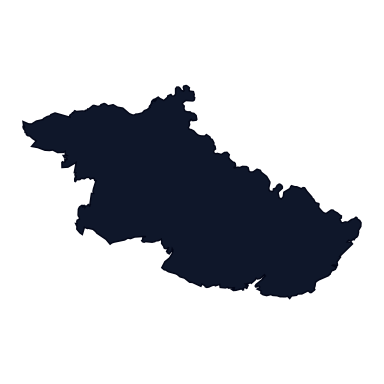 outline of Corcova, Mehedinti, Romania
{"feature_id": "2599482B52479565944314", "entity_name": "Corcova", "entity_type": "district", "adm_level": 2, "iso_a3": "ROU", "parent_name": "Romania", "parent_adm1": "Mehedinti", "projection": "orthographic", "projection_center": [23.061, 44.685], "detail": "fine", "context": "isolated", "style": "filled", "palette": "ink", "viewbox_px": 384, "rotation_deg": 0, "n_neighbors": 0, "source": "geoboundaries", "source_scale": "gbopen_adm2", "svg_char_len": 5951}
<svg xmlns="http://www.w3.org/2000/svg" viewBox="0 0 384 384"><path d="M310.2,292.6L311.4,292.5L314.5,290.0L314.8,289.4L314.1,288.5L315.0,286.1L315.4,282.9L316.1,281.7L318.8,279.9L328.8,275.5L329.2,274.5L330.2,274.1L330.4,273.0L332.3,270.3L333.2,270.4L335.3,269.3L336.4,267.3L332.3,265.4L333.0,264.8L334.1,264.8L336.9,265.9L337.1,265.6L337.5,265.1L337.0,261.9L340.5,257.1L339.6,256.5L352.5,243.9L351.3,242.4L347.1,242.0L348.6,240.2L351.2,241.0L353.2,239.0L354.0,239.8L355.5,237.7L356.7,237.2L357.9,235.5L358.6,232.0L358.3,230.7L360.8,226.5L361.0,222.7L359.7,220.5L357.2,218.9L357.0,217.8L356.0,217.2L354.0,218.8L351.5,219.5L347.8,222.2L345.1,221.9L342.9,222.8L341.5,222.7L339.7,219.2L341.3,218.0L341.4,215.9L339.8,215.1L337.4,212.9L334.4,211.4L333.0,210.1L331.2,210.0L326.3,213.4L324.8,213.3L322.7,212.1L318.9,207.8L318.6,206.4L319.0,204.2L318.8,203.6L315.8,202.8L314.8,201.8L313.7,199.3L312.2,198.1L311.7,196.8L306.9,191.3L304.6,187.8L303.1,187.6L301.3,188.7L296.9,186.8L294.6,186.7L291.5,185.7L290.8,186.5L289.9,188.6L283.9,192.2L283.3,196.7L281.3,199.1L279.1,197.7L278.1,193.0L278.6,191.7L282.3,188.3L282.4,186.9L281.7,185.4L279.8,184.1L278.9,184.2L277.2,185.4L275.7,188.2L273.5,188.9L273.2,191.0L272.5,191.6L269.8,191.0L269.2,190.3L268.7,188.1L269.9,182.9L269.8,181.8L266.6,176.4L261.3,172.3L260.3,170.3L257.0,169.2L253.2,171.9L250.4,172.1L248.9,171.1L248.1,167.6L246.5,166.6L242.5,166.4L239.9,167.5L237.8,167.2L234.3,168.0L234.0,167.4L235.6,166.1L235.2,163.5L234.4,162.5L232.9,162.1L229.7,159.3L228.6,157.2L229.3,154.7L227.0,152.3L224.5,152.5L221.3,154.5L217.4,153.4L215.7,153.8L214.4,153.2L213.7,152.4L213.7,151.0L214.0,150.1L215.5,149.0L215.1,146.6L214.9,146.0L213.8,145.5L213.9,142.8L212.5,140.0L212.1,139.4L210.5,138.8L209.9,137.0L206.4,134.6L204.7,136.1L200.7,135.9L198.5,135.3L196.6,134.0L193.8,131.0L191.2,129.6L189.3,129.3L188.3,127.7L189.6,124.7L189.1,121.6L190.2,120.7L190.6,119.6L191.3,119.3L192.0,120.5L192.9,120.6L196.2,120.2L196.8,119.4L196.1,115.5L193.9,113.4L191.4,113.0L190.2,111.9L187.6,111.9L185.0,111.1L183.9,108.7L184.2,106.0L182.5,104.3L182.5,103.4L183.3,102.3L185.8,100.5L192.4,100.9L193.4,100.7L194.3,99.9L194.7,97.6L193.8,96.7L194.2,94.5L193.4,91.6L189.5,91.1L189.0,89.3L189.4,87.8L187.6,86.2L186.1,85.5L183.7,86.2L183.3,87.4L184.1,90.5L183.5,91.2L181.3,90.3L180.1,88.3L178.7,87.1L176.8,87.1L175.6,88.7L175.6,93.9L174.9,95.2L173.4,96.2L172.3,96.2L170.9,94.5L167.8,95.9L167.6,97.2L163.9,100.5L159.7,98.4L158.2,97.1L155.7,98.7L156.3,99.6L154.9,101.5L153.3,100.8L153.6,100.1L154.3,100.2L154.8,99.6L154.4,99.2L153.4,99.6L151.8,101.3L151.5,102.5L152.0,103.1L151.5,103.2L150.6,105.0L150.7,105.4L149.8,105.8L149.4,106.4L150.1,107.4L148.9,108.0L147.4,109.5L144.4,110.6L142.3,112.9L138.0,114.0L135.8,114.1L134.2,115.1L132.2,114.9L129.2,113.6L122.8,108.1L117.5,107.2L113.1,104.7L108.1,105.9L105.6,104.0L104.1,103.5L100.9,104.7L100.9,105.6L98.0,106.5L94.0,105.4L93.0,105.5L88.4,109.2L87.8,108.9L87.1,110.0L85.2,110.5L85.0,111.3L82.4,111.0L76.4,111.5L74.8,110.7L74.0,111.5L73.5,113.0L72.5,112.7L72.1,113.5L69.9,115.2L69.5,116.6L70.1,116.9L70.1,117.3L55.0,113.0L50.9,114.6L50.1,115.8L47.1,116.6L43.5,118.6L42.9,119.6L36.3,121.1L31.7,124.0L28.5,123.9L23.0,121.5L23.6,125.5L24.4,125.9L24.5,127.0L23.1,126.6L23.2,127.9L23.7,128.0L23.8,129.0L25.0,130.5L25.1,132.5L26.5,133.2L26.4,134.6L27.6,135.6L29.8,136.0L32.7,138.6L36.2,140.9L31.6,146.4L37.7,147.5L44.9,150.2L49.5,150.5L52.7,150.0L57.6,152.5L63.4,152.4L65.2,151.3L65.3,154.4L66.9,155.5L63.2,155.5L64.5,157.6L67.0,158.3L67.1,159.0L66.5,158.9L66.6,159.5L66.1,159.8L64.9,159.5L65.1,160.1L64.9,160.6L65.3,161.0L65.2,161.7L63.1,162.3L62.5,161.8L61.9,162.4L62.0,167.5L68.0,167.1L76.2,162.4L74.3,172.6L75.8,172.8L75.0,174.3L75.2,175.7L76.3,176.1L76.1,177.2L75.3,177.3L74.7,178.9L74.8,181.2L75.3,181.6L75.8,181.2L76.4,179.7L79.8,179.6L81.5,178.3L84.3,178.8L86.4,177.5L88.9,177.3L90.4,179.1L92.0,178.3L94.0,178.3L94.8,180.5L96.0,180.7L93.5,188.7L93.0,191.2L93.6,193.5L91.5,193.4L90.0,203.8L90.4,204.3L89.9,205.9L89.6,206.2L89.2,205.9L89.3,205.2L88.3,204.5L87.1,205.8L85.5,206.6L85.1,207.3L85.0,206.2L84.7,206.4L84.2,205.4L83.8,205.5L83.5,206.8L82.7,206.9L82.5,205.5L81.8,205.4L79.5,207.0L78.4,209.2L78.1,215.0L78.4,216.1L79.2,216.8L79.4,219.3L77.2,220.2L76.8,221.7L77.1,223.6L75.6,223.5L77.0,226.5L76.8,229.1L79.9,232.8L82.3,234.5L84.4,227.3L87.5,228.5L88.1,228.2L93.0,229.3L95.7,231.6L96.8,233.1L106.1,239.4L110.1,244.2L111.6,243.0L113.7,242.2L124.7,239.9L127.8,238.1L130.5,238.6L134.6,237.0L144.3,236.4L146.0,236.6L143.5,237.1L142.8,237.9L142.7,239.7L141.7,240.6L142.5,241.7L144.1,242.2L145.6,241.6L152.1,242.2L154.9,241.6L155.4,241.0L158.6,240.6L161.3,239.1L161.8,241.7L161.6,243.4L163.9,246.6L164.0,247.8L164.9,248.5L167.5,248.8L168.1,247.5L168.5,247.6L167.9,249.8L166.8,250.9L166.6,251.5L167.4,251.9L167.3,252.7L169.2,253.9L171.8,250.9L172.2,248.6L172.9,249.9L172.6,252.9L169.6,257.9L164.9,261.7L161.8,267.7L164.3,269.8L165.5,269.9L168.4,271.7L175.6,273.7L177.3,274.5L180.0,276.8L184.5,278.1L189.6,282.2L192.4,282.4L200.9,286.3L201.9,284.1L204.7,285.5L205.3,286.8L206.8,287.4L208.9,287.0L212.2,285.5L214.7,285.0L215.3,285.8L219.7,284.4L220.2,287.4L225.5,287.9L227.2,287.3L228.3,287.5L228.4,288.1L234.4,287.6L234.2,289.0L231.8,289.4L233.4,290.5L235.9,290.3L240.8,289.0L242.4,289.2L242.8,290.0L243.5,289.8L243.3,288.6L244.6,287.5L245.4,287.3L246.3,288.4L247.0,288.1L247.4,286.6L246.8,286.0L247.8,286.1L248.1,285.6L247.6,284.2L246.1,284.6L245.3,284.0L250.8,282.8L251.3,283.3L255.1,280.0L256.1,278.2L257.3,279.0L259.6,278.6L260.8,278.0L264.5,274.7L265.4,275.9L262.7,278.5L262.6,279.2L256.1,284.4L255.2,286.0L255.6,286.9L256.4,286.9L256.6,286.2L257.1,286.1L257.5,286.6L258.3,285.9L259.0,286.1L259.6,286.8L259.6,287.6L257.2,289.1L261.0,290.9L260.9,293.3L263.0,294.7L266.6,295.6L270.9,294.5L272.7,295.4L277.1,295.7L280.0,296.7L285.4,296.8L287.6,296.3L289.7,298.5L291.6,295.9L296.5,295.3L297.9,294.0L301.9,293.9L308.1,290.8L310.2,292.6Z" fill="#0f172a" stroke="#020617" stroke-width="1.5"/></svg>